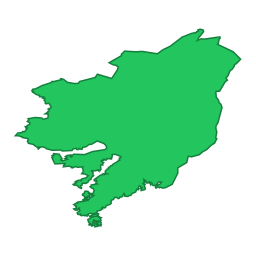 Lyngdal nor, Vest-Agder, Norway (Equal Earth projection)
{"feature_id": "86288312B23771706622322", "entity_name": "Lyngdal nor", "entity_type": "district", "adm_level": 2, "iso_a3": "NOR", "parent_name": "Norway", "parent_adm1": "Vest-Agder", "projection": "equal_earth", "projection_center": [7.039, 58.163], "detail": "fine", "context": "isolated", "style": "filled", "palette": "green", "viewbox_px": 256, "rotation_deg": 0, "n_neighbors": 0, "source": "geoboundaries", "source_scale": "gbopen_adm2", "svg_char_len": 5760}
<svg xmlns="http://www.w3.org/2000/svg" viewBox="0 0 256 256"><path d="M227.4,80.2L226.0,78.0L227.9,75.9L230.0,70.8L232.2,69.2L234.4,65.9L234.5,64.6L236.4,63.6L240.6,59.2L233.2,51.8L217.5,44.3L218.4,43.0L219.0,39.4L220.1,38.2L219.8,36.9L204.5,39.1L201.3,38.8L197.7,40.3L198.4,39.4L198.2,38.3L203.6,31.7L203.2,30.0L200.1,29.2L197.9,29.9L198.4,31.4L196.6,31.7L196.4,32.4L191.6,33.4L182.3,37.0L170.1,46.3L162.8,49.8L157.4,53.8L142.1,51.4L135.8,51.8L124.7,51.1L121.4,54.2L121.4,55.7L109.1,62.7L113.1,64.8L115.4,65.1L118.3,67.0L117.3,70.0L111.7,78.5L97.4,74.2L95.2,77.5L79.6,81.5L78.2,83.4L74.2,83.5L67.4,82.3L63.6,79.4L61.3,78.6L60.7,78.8L61.3,79.7L53.5,81.6L51.4,81.4L52.0,81.8L50.6,82.8L42.3,85.5L34.9,89.1L33.2,89.0L31.9,90.6L33.5,91.5L32.6,92.0L36.1,94.4L39.6,95.5L39.5,96.7L43.8,97.0L42.7,98.1L45.1,98.8L44.1,100.3L45.5,101.7L45.2,103.3L45.8,103.8L49.0,103.4L51.2,106.9L51.1,107.6L48.3,109.0L49.4,109.4L48.7,111.2L47.9,111.5L48.1,112.1L45.2,113.8L48.3,114.1L47.9,118.1L43.2,119.3L41.8,118.0L35.3,117.5L28.1,118.7L28.9,119.9L27.3,121.5L29.9,122.8L29.8,124.1L27.1,125.6L27.3,126.8L25.3,126.7L26.1,128.3L27.0,128.5L24.8,131.6L22.8,131.5L21.5,132.7L17.8,133.0L15.4,135.7L18.3,135.8L22.1,136.8L22.2,137.5L27.9,138.6L28.4,139.5L27.4,141.1L28.4,143.3L33.2,144.4L36.5,146.9L38.9,147.2L37.8,148.0L38.3,149.0L39.7,147.8L39.4,147.1L42.9,146.9L45.7,147.8L46.0,148.6L52.1,150.3L60.5,150.0L62.4,151.0L72.1,150.5L72.8,149.1L76.2,148.2L76.7,149.4L77.8,149.7L79.6,148.5L79.9,149.1L82.0,149.3L82.7,147.4L86.1,146.7L89.3,144.4L91.5,144.3L97.2,141.0L103.9,143.5L105.8,145.4L106.9,148.0L105.0,149.6L92.4,151.6L84.6,154.6L73.6,154.2L72.7,155.2L70.8,155.0L71.9,156.6L70.6,157.0L69.8,155.5L67.3,155.3L65.4,156.6L67.1,157.4L66.7,158.1L65.2,158.5L67.2,159.3L62.9,160.7L60.0,159.9L61.7,159.6L62.0,158.5L59.1,154.2L53.6,153.6L53.3,154.3L53.9,155.3L52.3,155.7L52.8,156.2L51.8,157.3L52.7,157.9L52.3,158.6L54.9,163.9L64.9,163.4L65.0,164.1L63.5,165.5L64.1,166.1L63.6,166.8L69.0,166.1L71.9,167.0L72.4,167.3L71.8,167.7L72.6,167.9L75.5,166.5L77.4,167.3L82.9,166.9L82.4,168.1L83.2,169.7L83.1,171.8L81.7,173.7L85.1,174.1L88.3,175.7L86.1,177.8L81.6,179.0L80.6,180.1L80.9,180.5L78.9,180.2L76.3,181.1L75.2,181.9L76.3,182.2L75.7,182.4L75.8,183.2L73.1,184.4L73.6,185.0L77.0,185.4L78.8,187.3L81.3,188.5L81.6,187.7L80.7,186.9L80.5,185.7L82.2,185.0L81.9,184.1L82.5,183.2L86.1,183.4L88.2,181.9L88.9,180.2L90.9,179.4L91.4,177.5L93.6,175.7L93.0,175.2L93.0,172.3L91.6,171.3L91.7,170.7L95.6,170.8L97.6,170.1L98.5,170.8L98.2,169.9L98.9,169.9L100.0,170.6L101.0,169.2L100.5,166.2L101.1,164.8L102.8,165.0L102.6,163.7L103.7,162.6L101.2,161.2L101.6,160.4L104.5,160.3L103.3,159.7L103.8,159.3L105.3,159.5L105.7,160.1L106.1,160.1L106.9,159.5L107.1,158.5L111.5,159.0L111.7,158.2L111.1,157.9L112.3,156.7L112.0,154.7L112.4,154.4L115.9,154.5L120.8,156.5L120.6,157.8L119.3,158.1L119.8,160.2L118.4,160.3L118.5,160.9L112.6,164.5L112.1,165.5L110.6,165.8L109.3,167.4L108.5,167.4L108.6,168.6L107.2,169.1L105.3,171.1L105.3,172.8L107.1,173.7L104.9,173.8L104.2,174.6L103.8,173.8L102.4,174.0L102.3,174.8L100.2,175.3L94.1,179.7L94.2,180.6L96.1,181.4L96.4,180.3L96.9,181.1L95.8,183.2L97.2,183.9L91.2,185.0L91.2,186.1L90.1,186.7L91.4,188.0L93.0,188.2L94.2,190.7L92.0,195.5L93.8,195.5L93.4,196.0L89.4,198.3L89.3,199.1L86.1,199.1L87.1,198.0L86.3,198.0L86.5,196.8L86.0,196.7L89.9,197.0L88.8,195.8L89.9,195.6L89.8,194.4L91.7,194.7L92.2,193.6L89.8,193.4L90.1,194.3L89.6,194.3L88.7,193.3L90.0,192.9L89.1,192.9L87.9,191.3L85.0,191.2L84.0,193.4L82.5,194.2L82.5,195.2L84.7,196.4L84.7,197.9L85.5,197.9L84.5,198.7L85.9,199.2L82.2,200.0L88.8,200.5L83.6,200.6L84.1,201.3L77.9,202.0L77.2,202.4L77.5,203.3L76.4,203.1L73.8,204.6L76.0,205.9L75.4,206.1L76.4,207.8L76.3,208.5L73.7,208.9L74.4,209.8L76.9,210.3L78.1,209.6L78.1,208.5L79.5,208.0L79.2,209.6L80.0,210.6L77.1,212.8L77.9,214.4L79.8,214.6L81.1,213.6L80.3,214.9L81.3,215.7L83.6,215.3L84.9,215.8L85.3,215.1L87.0,216.1L87.1,215.0L88.2,215.0L88.1,214.0L90.2,213.3L92.6,213.9L96.2,213.0L96.9,212.6L96.9,211.3L101.0,210.0L101.5,209.0L103.3,209.0L102.0,208.7L102.2,207.3L104.9,207.9L105.6,207.2L104.8,206.9L105.6,206.9L106.3,205.5L109.9,204.5L111.2,203.3L111.1,200.4L113.4,199.5L114.9,197.2L117.7,197.8L118.1,198.6L119.1,198.4L120.1,197.1L121.9,196.9L124.0,193.5L124.8,194.7L124.5,196.1L127.9,196.5L128.9,195.6L130.8,195.4L132.2,193.4L135.7,192.0L136.6,189.4L138.4,189.8L138.9,188.7L138.2,188.4L139.1,185.9L140.3,186.1L140.8,187.2L142.9,187.4L140.4,188.4L141.2,189.1L141.1,190.5L144.7,189.7L145.4,188.6L144.3,185.3L145.0,184.4L143.0,183.7L144.2,182.7L143.8,179.4L145.2,180.4L145.3,181.5L145.7,181.1L145.8,181.9L146.5,182.0L146.3,182.9L148.5,182.9L149.1,181.9L150.3,184.0L150.3,182.5L151.1,182.4L152.2,183.4L151.8,184.5L153.1,185.5L155.9,185.3L158.6,182.0L161.5,182.1L159.8,184.3L155.9,185.7L155.3,187.1L156.0,188.1L158.2,186.7L159.5,187.8L160.4,187.2L162.7,188.1L165.4,187.7L172.2,184.3L177.8,173.1L177.7,167.9L186.7,162.6L188.2,156.3L191.7,156.8L199.3,154.7L202.5,151.9L206.7,149.6L211.2,145.2L214.6,143.1L216.8,138.7L215.7,138.0L216.8,132.0L216.0,129.3L215.9,126.2L218.0,122.4L222.0,107.5L221.0,104.4L219.2,102.7L218.4,100.0L216.3,97.3L215.8,92.3L216.2,91.4L219.6,91.2L225.1,81.9L227.4,80.2ZM97.3,213.4L89.5,216.2L90.4,217.3L94.4,216.6L90.5,217.6L90.4,218.3L87.8,219.6L88.6,222.2L90.1,223.6L89.0,224.4L89.2,225.1L91.7,224.6L91.4,225.7L91.9,226.1L93.4,225.2L92.1,224.4L93.1,222.3L94.0,221.9L93.2,221.4L93.7,220.0L95.5,220.7L95.3,221.4L97.7,220.8L99.3,221.5L94.2,223.5L94.8,226.8L97.7,226.3L97.6,225.0L96.5,224.5L97.2,223.5L98.6,224.6L98.9,225.7L101.0,225.8L100.7,224.7L101.2,224.4L100.7,223.9L101.2,222.6L99.9,221.2L100.9,220.5L100.3,220.0L100.8,219.0L100.2,218.4L101.1,217.6L99.0,217.2L99.1,216.6L95.9,216.3L98.4,214.9L98.6,213.8L97.3,213.4Z" fill="#22c55e" stroke="#15803d" stroke-width="1.5"/></svg>